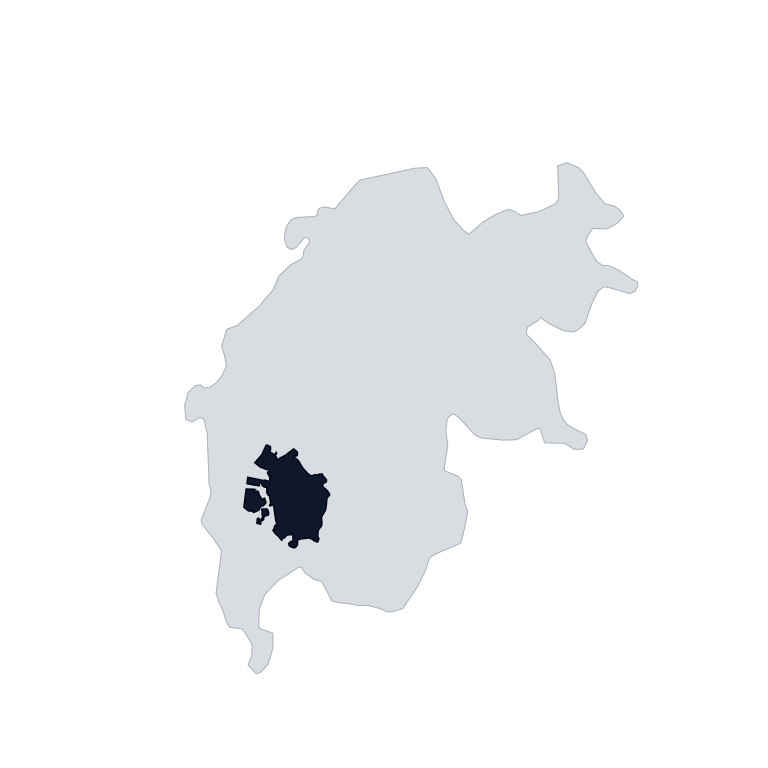 location of Fribourg within Switzerland, rotated 317°
{"feature_id": "CHE-3421", "entity_name": "Fribourg", "entity_type": "Canton", "adm_level": 1, "iso_a3": "CHE", "parent_name": "Switzerland", "parent_adm1": "", "projection": "albers", "projection_center": [7.007, 46.724], "detail": "fine", "context": "in_parent", "style": "filled", "palette": "ink", "viewbox_px": 768, "rotation_deg": 317, "n_neighbors": 0, "source": "natural_earth", "source_scale": "10m", "svg_char_len": 6834}
<svg xmlns="http://www.w3.org/2000/svg" viewBox="0 0 768 768"><g transform="rotate(317 384 384)"><path d="M550.1,245.0L554.0,247.4L563.4,255.4L561.7,269.7L552.0,292.9L547.1,311.6L546.9,325.8L548.2,332.5L550.1,332.3L560.1,333.0L565.2,332.8L581.5,336.1L594.6,341.3L597.3,347.1L599.3,354.3L615.0,363.6L632.9,369.3L638.8,367.0L659.7,343.0L668.4,346.5L674.0,358.6L674.1,365.1L669.1,389.9L668.6,403.2L674.2,411.7L675.1,418.4L673.8,424.7L665.0,425.6L653.1,422.8L642.7,412.6L635.2,414.1L628.8,417.1L625.8,427.3L623.3,439.4L624.5,446.1L629.4,451.0L633.5,461.8L636.7,475.8L638.9,482.3L636.8,485.3L630.7,487.4L625.4,485.7L615.7,469.1L611.3,462.8L604.1,462.0L591.6,466.5L572.6,476.7L564.7,476.9L558.0,475.2L551.6,467.4L545.8,452.0L543.8,442.3L540.1,442.8L527.7,440.3L522.1,444.3L522.5,460.2L521.9,480.0L516.0,492.9L499.3,515.5L493.2,525.3L490.8,532.3L490.4,538.3L493.3,548.6L497.2,558.4L494.3,564.2L485.2,567.4L478.5,561.5L475.7,550.8L461.3,536.5L467.4,524.1L466.3,521.1L443.0,515.2L432.8,506.2L418.5,490.1L415.7,483.2L415.9,460.5L415.0,455.0L413.1,452.4L406.3,452.7L397.1,460.7L388.6,472.6L371.0,486.2L369.2,489.0L375.3,501.9L375.1,506.9L360.9,527.7L358.2,534.6L339.8,547.7L331.4,552.7L305.6,543.4L298.5,542.3L287.1,548.7L270.9,554.9L244.7,561.0L235.1,556.6L230.5,552.4L228.2,546.2L221.6,535.2L214.2,528.6L209.1,521.5L202.3,513.7L197.9,507.1L203.8,486.3L199.5,479.0L197.4,468.5L198.5,461.5L196.2,459.7L172.8,455.5L153.3,456.7L139.3,463.6L127.8,475.0L126.4,477.5L127.1,479.6L132.7,490.3L122.9,501.3L108.1,509.9L97.6,510.7L93.0,508.9L92.9,496.9L101.7,492.6L109.6,484.9L112.3,473.9L113.3,466.2L105.2,456.7L106.3,451.0L111.5,440.1L114.6,430.5L118.7,422.3L135.0,408.8L151.3,395.2L153.9,380.7L155.2,363.0L157.5,358.8L179.4,348.3L184.8,344.2L187.6,338.2L204.7,318.4L221.6,298.8L225.0,292.2L227.8,288.3L227.8,285.1L225.7,282.6L217.7,281.0L215.0,274.7L223.7,263.6L234.6,256.7L245.1,256.6L249.4,259.8L249.2,263.5L253.7,267.4L261.8,268.7L271.7,267.3L281.5,263.1L287.5,253.1L290.9,245.6L306.3,236.9L316.8,241.1L346.1,242.0L367.3,239.4L380.5,233.4L397.1,233.1L408.2,236.2L410.2,235.7L413.2,234.8L416.2,231.7L426.5,229.3L427.9,226.7L427.4,224.0L425.5,222.7L412.7,224.3L407.8,222.4L406.4,217.6L410.4,209.3L419.7,202.4L427.7,200.6L433.4,202.3L447.7,214.5L451.1,214.8L453.0,212.5L455.9,211.2L460.8,213.5L466.5,221.1L467.4,222.3L498.7,218.8L505.7,218.6L527.4,231.6L550.1,245.0Z" fill="#d9dde1" stroke="#a8b0b8" stroke-width="1"/><path d="M255.6,348.5L256.8,348.8L257.1,349.2L257.2,349.5L257.3,349.6L257.4,350.7L258.3,352.0L258.0,352.7L256.6,354.3L255.9,354.9L254.3,355.7L254.0,356.1L254.1,356.6L254.8,357.8L255.1,358.5L255.2,359.4L255.3,360.6L255.6,362.6L255.5,363.5L255.2,364.6L254.3,366.5L254.4,367.0L254.8,367.2L255.4,367.2L256.7,367.0L263.4,368.9L273.7,369.8L274.3,374.0L273.7,375.5L272.5,376.6L271.8,377.0L271.0,377.0L270.6,376.7L270.3,376.5L270.4,376.0L270.2,375.8L269.4,375.7L268.5,376.5L268.3,377.0L268.7,377.9L269.1,379.8L269.0,382.6L267.5,388.9L267.3,391.9L267.2,396.8L267.5,399.6L268.0,401.0L268.3,401.6L268.7,402.0L271.0,402.9L271.6,403.3L272.7,404.2L273.3,405.1L273.7,405.5L274.1,405.7L274.7,405.6L275.1,405.7L275.5,406.0L275.8,406.4L276.1,406.7L276.6,406.9L277.2,407.3L277.4,407.6L277.0,408.9L276.6,413.6L276.8,414.3L276.4,415.0L275.2,416.2L274.2,416.1L273.1,415.7L271.2,415.3L270.7,415.7L269.2,417.4L269.8,422.9L269.5,425.6L269.2,427.2L268.6,428.0L268.1,428.2L266.8,428.3L264.5,428.5L259.3,433.2L255.4,436.3L247.9,438.6L246.6,439.7L245.7,441.0L243.6,443.5L242.3,444.6L241.2,445.3L237.3,445.8L236.4,446.2L235.5,446.7L233.3,448.6L232.0,450.1L231.6,450.7L231.3,451.2L230.8,452.9L227.8,454.3L227.7,454.0L227.2,453.8L227.0,453.1L226.5,452.4L226.1,451.5L225.9,450.6L225.8,449.8L225.3,447.9L224.4,445.7L217.2,440.3L215.4,439.6L214.0,439.5L212.1,441.6L211.2,442.3L210.1,442.9L208.2,443.1L207.2,442.9L206.6,442.6L205.2,440.5L204.3,438.0L205.4,435.7L205.7,435.6L207.4,435.6L208.5,435.7L208.8,435.8L210.4,436.8L210.8,436.5L211.2,435.9L214.4,432.2L215.1,431.2L215.4,430.7L215.1,430.6L214.6,430.7L213.6,430.9L213.1,430.8L212.2,430.1L210.7,428.6L210.0,428.3L209.5,428.1L208.1,428.5L206.2,428.7L205.1,427.9L204.4,427.9L203.8,428.1L202.7,428.6L202.5,428.3L202.5,427.7L202.7,426.8L202.6,426.1L202.6,425.6L202.6,425.2L203.0,424.8L203.1,424.4L202.9,423.4L202.7,422.3L202.5,420.2L202.6,418.0L202.7,417.2L203.0,415.2L204.5,415.0L206.6,413.6L208.1,413.2L210.1,413.2L210.8,413.0L211.1,412.8L211.1,412.5L210.9,412.2L210.9,411.9L211.7,410.1L216.2,403.5L220.0,398.3L220.4,396.7L218.7,396.1L218.2,395.9L217.7,395.6L217.4,394.9L217.6,394.6L219.2,394.1L219.8,393.7L220.3,393.1L223.8,388.0L223.5,385.4L224.3,383.5L224.8,382.7L225.3,382.2L226.1,381.7L227.4,380.1L227.8,379.3L227.9,378.7L227.6,378.5L227.0,378.7L226.6,378.4L226.2,377.7L225.8,376.0L225.8,375.1L226.1,374.3L226.4,373.5L226.3,372.7L226.0,372.1L225.7,371.7L225.1,371.6L224.6,371.7L224.3,372.0L224.1,372.2L224.0,372.6L224.0,372.9L223.9,373.2L223.7,373.4L223.4,373.4L223.0,373.1L220.9,370.2L220.2,369.4L219.8,369.0L215.8,363.4L220.8,359.3L228.8,370.6L229.5,371.9L231.0,372.7L232.8,375.4L233.0,376.7L233.1,377.2L235.4,376.0L236.5,374.7L236.8,374.1L237.2,373.3L237.4,372.4L237.8,370.6L238.2,369.8L238.7,369.1L239.1,369.1L239.4,369.2L239.8,369.6L240.0,369.8L240.3,369.6L241.3,368.5L241.6,368.0L241.5,367.6L240.7,367.3L240.2,367.0L239.9,366.7L237.2,361.1L236.7,359.8L235.8,353.4L246.2,352.4L252.6,349.8L255.6,348.5ZM211.6,366.8L217.1,372.2L217.5,372.8L217.9,373.5L217.7,373.5L217.4,373.1L217.1,372.9L216.8,372.9L216.0,373.3L215.6,373.6L215.2,373.9L214.9,374.4L215.1,374.6L215.6,374.5L216.2,374.6L216.9,375.0L218.3,376.1L218.7,376.6L218.6,377.2L217.9,378.5L217.3,379.7L217.0,380.4L216.9,381.0L216.7,381.6L216.3,385.5L216.5,386.0L217.7,385.8L218.5,385.9L218.7,386.2L218.7,386.6L218.1,387.5L217.2,389.7L216.8,390.1L216.5,390.3L215.5,390.6L214.8,390.7L213.0,390.7L212.4,390.6L211.9,390.3L211.2,389.8L210.6,389.5L209.7,389.8L209.1,389.8L208.3,390.1L207.5,390.7L206.4,390.8L206.0,390.8L205.4,390.6L204.1,390.0L203.5,389.8L203.0,389.8L202.6,389.7L201.0,388.9L200.8,388.7L200.9,388.3L201.3,387.8L201.5,387.4L201.6,387.0L201.4,386.6L201.2,386.5L200.6,386.6L200.3,386.5L200.0,386.3L198.6,384.8L198.1,383.5L197.5,378.5L211.6,366.8ZM209.6,392.1L210.3,392.9L210.7,393.8L211.6,394.2L212.7,394.8L213.3,396.2L212.9,397.6L211.9,399.5L210.9,400.4L210.0,400.9L208.8,400.4L207.7,399.9L206.2,399.1L205.3,399.5L203.7,400.9L202.7,401.0L201.8,401.0L201.5,400.2L201.9,399.8L202.7,399.1L203.6,398.7L205.0,398.1L205.6,396.8L206.8,395.2L207.5,394.6L208.4,393.4L208.9,392.6L209.6,392.1ZM200.1,396.2L200.9,396.9L201.0,398.4L200.7,399.8L199.8,401.0L199.1,401.6L198.3,402.4L197.6,402.1L197.3,400.8L196.7,400.2L196.1,399.3L196.5,398.3L197.3,398.3L198.2,397.3L199.3,396.2L200.1,396.2ZM258.4,360.4L258.4,361.0L258.3,361.3L258.0,361.6L257.6,361.8L257.3,361.8L256.9,361.9L256.5,360.9L258.4,360.4Z" fill="#0f172a" stroke="#020617" stroke-width="1.5"/></g></svg>